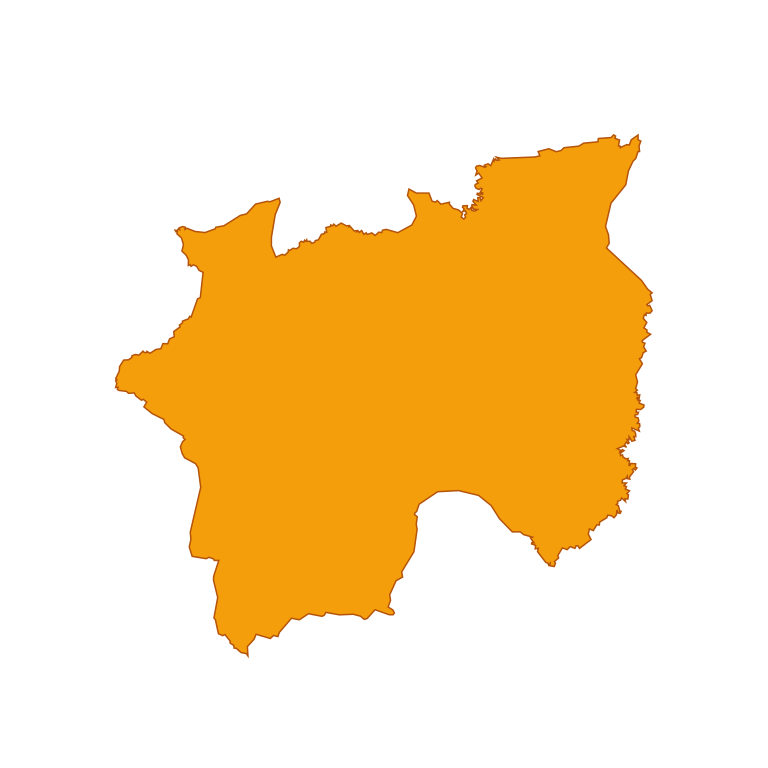 Phu Khiao, Chaiyaphum, Thailand (Albers equal-area conic projection), rotated 101°
{"feature_id": "78962969B29534138617955", "entity_name": "Phu Khiao", "entity_type": "district", "adm_level": 2, "iso_a3": "THA", "parent_name": "Thailand", "parent_adm1": "Chaiyaphum", "projection": "albers", "projection_center": [102.134, 16.339], "detail": "fine", "context": "isolated", "style": "filled", "palette": "amber", "viewbox_px": 768, "rotation_deg": 101, "n_neighbors": 0, "source": "geoboundaries", "source_scale": "gbopen_adm2", "svg_char_len": 6150}
<svg xmlns="http://www.w3.org/2000/svg" viewBox="0 0 768 768"><g transform="rotate(101 384 384)"><path d="M528.3,191.1L528.6,188.8L530.4,187.8L528.3,186.7L530.8,186.4L530.7,182.1L527.4,181.5L525.7,182.7L521.4,179.4L519.1,180.6L510.9,177.6L511.6,172.5L508.1,170.3L508.9,165.2L506.1,164.5L505.9,162.7L508.1,160.7L497.2,151.1L492.4,154.8L487.1,154.7L488.0,150.6L481.6,148.2L481.4,145.8L478.3,145.9L472.8,139.8L470.1,139.4L469.9,135.5L471.4,132.7L468.0,130.9L463.3,131.3L466.0,129.5L465.8,127.4L463.8,127.0L464.0,128.1L458.6,130.8L458.1,132.9L456.5,131.8L454.6,132.4L453.0,129.6L450.5,129.0L453.3,124.5L450.7,125.6L450.4,122.7L446.2,122.9L445.3,124.6L442.0,122.6L441.0,127.1L438.5,126.4L438.1,129.0L434.9,127.1L435.7,131.3L432.7,131.7L430.5,128.5L428.2,127.6L430.5,127.2L430.5,124.5L428.6,125.4L422.4,122.3L420.6,123.9L419.0,122.5L420.5,120.9L418.1,119.6L417.7,121.3L414.3,121.8L414.9,126.6L417.0,126.9L417.1,128.0L412.5,128.4L412.7,130.3L410.5,130.0L411.3,132.4L409.9,135.6L408.1,136.3L409.1,138.2L406.7,138.7L403.6,135.7L402.9,137.4L405.5,139.5L403.9,139.3L403.0,142.8L399.1,136.8L399.8,133.8L398.0,136.3L394.7,135.0L396.1,133.3L395.0,132.1L392.1,135.0L392.0,132.9L388.9,133.4L392.9,129.8L391.4,126.9L387.9,128.8L387.7,126.8L384.8,127.5L382.5,129.1L382.3,131.6L379.8,132.3L381.5,124.4L378.9,125.9L376.9,124.7L374.0,125.6L374.3,127.8L371.6,126.8L368.7,128.2L368.6,131.2L366.5,131.7L365.5,129.2L363.2,128.8L363.6,131.1L360.7,131.4L360.1,127.2L357.2,124.6L355.0,124.8L354.1,129.9L351.4,129.4L351.7,131.4L349.6,133.2L348.7,132.4L350.0,130.8L345.9,130.9L346.7,133.2L344.3,134.1L344.5,136.3L341.7,134.1L340.6,136.1L333.7,135.5L326.9,138.7L314.8,134.2L310.4,138.2L309.0,136.2L303.8,135.5L301.6,132.9L298.1,136.2L294.2,135.6L293.8,138.1L292.2,138.9L284.3,131.8L283.1,135.8L280.9,136.1L279.3,139.6L273.4,137.8L270.1,142.0L266.2,141.6L266.6,139.8L264.4,140.2L263.6,136.3L260.9,134.8L256.1,138.2L257.0,140.0L255.8,141.2L251.1,136.7L245.1,139.8L243.4,138.2L240.6,143.3L233.2,151.0L208.0,191.6L202.8,189.8L194.7,192.1L187.1,196.6L163.2,195.7L142.4,184.7L128.1,184.7L117.8,182.1L114.6,179.9L107.4,179.0L107.0,177.5L101.6,179.1L96.6,178.2L95.8,181.2L91.1,182.1L97.1,187.9L102.6,188.8L102.7,191.4L106.9,197.2L105.5,197.4L105.5,199.3L99.6,199.3L98.8,204.2L96.4,204.0L95.7,206.2L98.7,208.0L102.1,220.4L105.5,220.3L109.5,234.0L113.3,238.1L117.7,252.4L121.1,254.8L123.1,259.3L121.6,267.0L126.4,277.1L130.3,274.5L132.4,279.3L140.1,311.8L139.9,316.9L142.2,313.6L143.0,315.9L141.8,317.6L144.1,318.4L142.2,319.3L149.3,320.9L148.0,323.8L150.0,327.2L151.2,327.2L151.3,325.5L152.0,326.1L151.3,331.9L152.4,334.6L154.3,335.4L157.1,333.3L161.4,333.8L158.9,331.2L163.0,327.0L166.9,331.9L168.9,329.9L170.7,332.5L172.3,332.6L174.3,330.9L174.9,327.7L173.4,326.6L173.6,325.0L177.5,326.1L177.7,323.5L179.0,323.5L178.9,328.7L180.2,328.9L182.1,322.1L185.6,323.7L182.7,325.3L183.2,327.5L186.8,326.4L185.8,331.2L187.6,331.6L190.8,327.7L191.1,331.8L192.1,331.9L195.3,329.4L194.9,325.6L196.9,327.7L196.9,331.0L193.6,331.9L196.4,333.7L195.6,336.0L193.0,336.2L194.0,340.5L195.4,340.7L197.0,338.7L199.5,339.5L198.6,337.0L200.9,335.5L202.5,337.1L204.7,335.7L206.8,337.1L205.4,340.0L201.4,339.5L198.9,344.1L198.4,349.7L194.9,354.2L193.1,354.4L196.6,362.4L193.8,366.8L195.6,368.1L195.4,371.7L188.0,376.3L190.4,388.7L187.9,396.7L194.5,396.9L202.6,389.0L213.1,384.2L222.6,387.0L232.8,399.3L231.8,411.3L233.3,414.8L235.8,415.1L235.9,418.0L239.9,421.1L238.0,424.8L240.4,428.9L239.0,430.4L241.0,432.3L237.6,435.2L240.0,437.2L238.9,438.1L239.7,439.9L238.5,439.5L239.4,442.5L235.7,447.4L236.4,448.3L235.1,448.3L235.9,451.2L234.2,456.7L238.3,461.2L236.6,463.8L238.6,464.8L238.0,466.6L239.4,466.5L241.5,470.9L246.0,469.2L246.1,471.2L247.5,471.0L249.0,474.0L255.0,475.9L256.4,478.9L257.9,478.9L259.8,481.7L258.0,483.8L258.7,486.8L257.2,487.4L258.7,488.0L258.0,489.4L260.2,489.8L259.7,492.5L261.7,494.0L265.2,493.2L268.0,495.8L268.1,499.2L270.9,502.0L270.5,503.4L272.9,503.3L276.6,506.1L276.1,508.6L280.1,514.4L269.9,520.9L261.4,522.5L238.6,523.1L225.6,520.6L221.7,522.4L226.9,530.7L226.9,533.3L231.9,544.4L243.3,551.4L245.9,557.2L259.2,571.3L262.2,579.0L263.8,579.2L269.5,588.6L270.3,598.6L268.7,607.3L270.1,608.9L268.0,609.0L267.9,611.8L269.7,614.7L271.4,614.1L270.8,615.4L272.8,616.2L272.9,618.4L274.3,617.2L273.7,616.0L276.1,615.9L279.2,610.7L285.4,607.5L292.1,607.7L295.5,602.6L299.5,599.6L305.0,598.7L303.8,597.0L305.3,595.9L303.4,593.8L304.2,590.4L307.8,587.1L308.9,582.9L334.2,580.8L336.1,583.3L355.2,586.1L354.6,587.6L357.5,588.6L360.7,593.8L362.5,593.5L365.2,596.1L366.8,595.0L372.6,600.4L377.6,598.9L380.6,603.1L385.8,604.0L386.5,608.7L391.9,609.8L393.7,614.6L398.5,619.5L397.2,622.9L398.4,622.9L398.8,625.4L397.7,626.8L402.4,630.1L402.6,634.0L404.4,636.8L406.0,636.6L409.0,639.4L410.2,644.1L417.4,646.9L422.0,646.3L429.8,648.4L430.8,646.9L431.6,648.1L434.6,646.4L438.7,646.8L437.9,644.4L440.2,644.7L440.9,643.0L440.4,635.4L441.9,633.0L440.4,627.5L443.1,625.2L446.2,619.1L445.0,617.4L447.1,613.5L452.3,615.3L457.3,605.9L460.8,593.3L463.8,591.8L468.8,584.4L473.4,570.8L475.0,570.9L476.4,568.7L479.0,570.7L484.6,571.9L490.6,568.9L494.5,565.6L498.1,553.8L501.6,550.5L520.4,544.2L566.5,545.9L573.4,543.9L581.1,544.1L589.8,539.4L589.4,525.2L587.5,522.8L588.3,517.6L589.6,517.0L588.7,512.5L605.1,514.5L609.0,514.0L625.3,506.5L646.1,506.3L647.4,504.6L660.7,498.9L661.8,494.3L660.3,492.4L665.5,486.2L667.8,485.5L669.1,481.8L671.9,480.7L671.6,478.6L674.9,473.1L674.9,467.8L676.9,465.7L667.8,468.0L659.3,462.8L654.1,461.8L655.5,447.0L651.9,444.4L652.2,440.0L647.7,439.3L631.6,430.1L631.6,422.1L623.9,414.3L623.9,400.6L622.4,398.5L619.3,397.5L619.1,383.8L615.9,370.3L616.4,362.8L618.8,358.5L617.4,355.8L607.3,349.7L609.5,334.8L608.7,331.0L606.9,330.1L604.2,332.0L602.1,337.4L595.1,336.3L589.8,338.2L574.8,334.6L569.9,328.9L565.1,330.8L542.9,322.6L520.2,323.8L515.4,325.6L507.9,326.0L506.4,329.0L504.8,329.2L502.9,327.6L495.3,326.6L479.5,310.8L474.4,290.5L475.3,269.9L482.8,255.7L494.3,244.8L504.7,229.8L503.1,222.0L505.2,218.2L506.0,209.1L507.2,210.8L511.2,206.5L511.4,208.5L512.8,208.7L513.5,204.4L517.0,204.1L515.8,201.2L519.3,201.3L528.3,191.1Z" fill="#f59e0b" stroke="#b45309" stroke-width="1.5"/></g></svg>